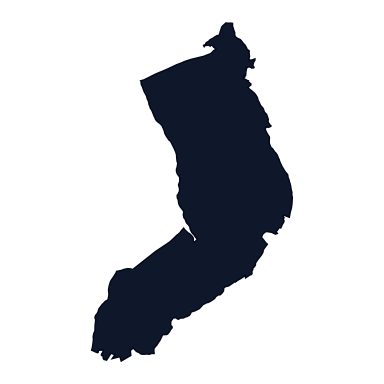 the district of Creteni, Vâlcea, Romania
{"feature_id": "2599482B89031901268624", "entity_name": "Creteni", "entity_type": "district", "adm_level": 2, "iso_a3": "ROU", "parent_name": "Romania", "parent_adm1": "Vâlcea", "projection": "orthographic", "projection_center": [24.181, 44.701], "detail": "fine", "context": "isolated", "style": "filled", "palette": "ink", "viewbox_px": 384, "rotation_deg": 0, "n_neighbors": 0, "source": "geoboundaries", "source_scale": "gbopen_adm2", "svg_char_len": 5916}
<svg xmlns="http://www.w3.org/2000/svg" viewBox="0 0 384 384"><path d="M154.1,353.4L153.8,351.0L153.9,349.8L153.7,349.2L154.0,348.3L155.8,346.1L156.7,345.2L158.6,342.2L159.9,340.4L162.6,334.7L166.3,334.5L167.0,334.3L167.6,334.0L169.5,331.6L170.6,329.5L171.9,328.1L172.1,327.5L172.1,326.9L171.0,325.7L170.7,325.1L170.7,322.3L170.8,321.5L171.6,320.0L173.3,317.9L175.9,317.7L176.7,318.3L177.4,318.9L178.5,319.2L180.2,318.1L180.7,318.0L182.8,318.0L183.9,317.7L185.4,316.9L187.0,316.5L189.0,315.5L189.5,315.1L190.2,314.1L190.9,312.5L191.5,311.8L194.9,310.8L199.3,308.6L202.9,304.6L205.2,303.5L206.0,302.9L208.4,302.3L210.5,301.2L214.4,298.6L215.0,297.9L215.3,297.1L215.6,296.8L217.8,295.0L220.3,294.7L221.8,293.2L222.7,292.1L223.2,291.3L223.6,290.3L223.5,288.6L223.6,288.2L225.5,286.6L225.8,286.4L226.8,286.4L229.0,285.7L235.1,281.4L235.4,281.9L238.3,279.9L240.7,278.6L245.3,275.5L245.6,277.8L250.0,274.9L251.2,274.5L251.5,274.0L251.9,273.8L252.0,273.7L251.9,273.1L251.9,272.4L251.9,271.1L252.7,269.7L252.9,268.8L252.6,268.1L254.4,266.7L254.2,265.9L254.4,265.7L255.1,265.6L255.3,265.2L255.6,262.4L256.2,262.0L257.5,259.9L261.5,254.8L262.3,253.1L262.9,252.3L263.1,250.5L263.7,249.1L266.0,245.9L267.3,244.3L267.2,244.0L266.6,243.9L261.4,237.2L262.1,235.6L262.7,234.2L263.6,233.3L265.6,231.7L267.0,231.5L271.7,232.3L275.5,234.1L277.3,233.4L276.2,232.0L276.8,230.7L277.7,229.8L279.2,227.3L280.2,227.9L280.7,227.9L281.3,226.9L282.1,224.7L283.3,222.9L283.9,221.5L284.0,220.8L283.5,220.4L283.5,219.6L283.3,219.4L284.0,217.6L283.4,217.2L283.1,217.1L283.3,216.4L283.8,215.1L289.3,217.2L290.1,212.6L291.3,208.1L291.9,204.1L292.3,197.3L291.7,194.8L291.9,192.7L291.7,191.7L291.3,190.4L290.3,184.5L289.5,182.1L288.9,179.6L288.0,177.4L287.7,174.9L287.1,174.0L285.8,172.5L284.1,170.2L283.8,169.4L282.1,166.8L279.5,161.2L279.3,160.0L277.9,157.0L277.6,155.9L277.0,154.8L275.9,153.1L274.8,152.1L272.4,148.6L271.5,148.0L270.8,147.2L269.3,143.6L269.2,140.9L269.4,137.7L269.3,137.1L269.0,136.4L268.3,135.5L266.2,131.8L265.4,129.9L265.3,129.1L265.6,127.9L266.1,127.1L268.8,127.2L270.5,126.5L271.0,126.0L269.6,124.5L268.8,123.3L268.0,121.6L267.9,121.0L268.3,119.9L268.2,119.1L266.6,114.4L264.7,112.5L264.1,111.4L263.3,108.8L262.2,107.3L260.9,105.9L260.3,105.1L259.1,102.2L258.0,100.4L257.9,99.6L257.3,97.5L255.6,94.7L254.5,93.3L253.7,92.6L251.4,90.6L249.6,89.3L247.9,87.7L249.4,86.0L250.8,85.0L250.9,84.3L250.7,83.7L249.7,83.1L249.2,82.4L248.2,81.7L247.8,81.3L247.9,81.0L248.1,80.7L247.0,80.5L246.0,79.7L243.9,78.8L243.6,78.6L243.4,78.2L243.4,77.8L243.9,77.6L243.8,77.3L243.9,77.2L244.6,76.9L244.0,76.4L243.9,75.7L244.1,75.5L244.6,75.3L244.8,75.7L245.0,75.9L245.5,75.5L245.7,74.9L245.8,72.0L246.4,69.1L246.4,67.9L247.0,67.8L247.9,67.1L248.5,66.9L250.1,67.0L251.2,67.6L251.5,68.0L251.9,67.8L253.2,68.0L254.0,67.5L254.0,67.2L252.9,66.0L253.1,64.0L253.6,62.1L254.7,60.6L254.9,59.9L254.9,58.9L252.1,60.0L249.5,60.1L248.5,59.8L249.0,59.2L249.0,58.3L249.5,56.4L249.1,53.6L249.1,50.7L248.9,50.5L247.7,49.9L247.2,49.4L246.4,47.7L244.9,45.0L243.4,43.6L241.2,40.6L240.5,40.1L240.4,39.7L237.4,38.3L236.4,37.7L235.1,36.3L234.6,34.3L234.7,33.1L234.6,32.3L233.7,30.1L232.8,26.8L232.5,26.6L232.3,26.1L232.6,24.4L232.5,23.4L230.3,23.1L229.2,23.3L225.9,23.0L222.7,25.9L221.8,27.0L220.5,30.9L219.7,33.8L218.9,35.3L218.6,35.6L217.1,35.6L215.9,36.4L215.3,36.6L213.5,38.0L212.0,38.7L211.6,39.1L210.2,39.6L208.8,41.2L206.3,42.7L205.8,43.5L205.9,44.0L205.7,44.2L204.6,45.1L204.0,45.1L203.6,45.5L204.2,46.6L204.9,45.6L205.2,45.5L206.6,45.4L208.0,45.1L208.8,45.3L210.3,46.1L210.9,45.4L212.1,45.2L213.8,47.3L216.0,48.9L215.6,49.5L213.6,50.8L211.7,52.8L209.9,54.0L205.8,55.5L204.0,56.3L191.2,59.4L184.1,61.7L183.1,62.3L176.6,64.8L167.3,69.2L155.8,74.0L144.0,79.9L140.7,80.8L141.2,81.6L141.1,83.1L141.5,84.9L142.3,86.3L143.7,90.3L144.6,92.5L146.0,94.8L146.6,96.0L147.3,98.9L148.2,100.6L148.5,101.3L149.2,104.9L150.1,106.9L150.2,107.7L152.2,111.1L154.1,116.0L154.8,117.2L155.5,119.2L156.5,120.6L157.7,121.8L160.5,123.9L162.2,125.9L162.5,126.5L162.9,127.8L163.3,128.2L164.1,130.3L165.0,133.6L166.4,136.2L169.2,140.3L170.5,141.1L170.8,141.6L174.4,148.8L175.9,152.4L176.6,154.9L176.7,157.6L177.1,161.2L177.8,163.4L177.1,167.5L176.5,169.2L176.5,170.1L176.6,171.8L177.2,173.6L177.6,174.3L179.6,177.0L179.7,177.5L179.8,178.8L179.8,181.3L178.6,184.8L178.7,185.5L179.4,188.0L179.6,189.5L179.5,190.8L179.2,192.1L178.6,193.0L178.2,194.2L177.3,195.2L177.2,195.7L177.4,198.1L178.1,199.2L178.5,201.4L178.6,202.7L178.9,203.9L179.7,205.8L180.6,207.2L182.6,209.7L183.7,211.4L183.8,212.2L183.4,214.1L183.4,215.3L183.8,217.1L184.1,217.9L185.1,219.1L186.3,222.3L187.0,223.3L189.3,225.8L189.5,226.5L189.8,226.8L190.2,229.0L191.3,231.5L191.9,232.5L192.6,233.4L194.9,235.8L194.9,236.2L195.6,237.2L197.0,238.8L197.2,239.3L197.0,239.7L194.3,242.4L193.3,241.1L193.2,240.6L193.3,238.8L193.2,238.1L192.5,236.7L190.3,234.4L189.2,233.5L188.0,232.9L184.9,229.9L183.6,228.2L181.5,230.6L180.1,232.6L178.0,234.5L176.4,235.6L175.6,236.6L169.8,242.0L155.6,251.5L132.8,269.5L129.8,268.8L127.6,268.7L124.2,269.4L120.8,270.6L116.6,271.4L116.1,272.9L113.6,276.9L111.1,280.5L110.2,282.6L109.2,286.0L108.7,288.5L108.6,290.3L109.0,294.7L108.1,299.5L107.3,300.3L105.4,301.3L103.3,303.6L102.4,304.3L99.3,308.4L98.7,309.4L98.5,310.6L97.9,312.3L97.0,313.8L95.6,315.5L95.2,316.7L95.0,317.6L95.7,319.8L95.7,320.5L95.1,325.5L95.0,330.5L95.0,330.9L93.9,333.3L93.3,336.2L93.2,337.0L93.5,339.4L93.3,340.7L93.0,343.6L92.4,347.6L91.7,350.2L97.4,352.7L97.9,352.5L98.2,352.2L98.3,350.6L99.5,350.2L102.5,350.0L103.0,350.3L103.0,350.9L102.9,352.4L102.2,353.0L101.6,354.1L101.4,355.1L101.9,355.6L103.0,355.6L103.2,358.1L103.9,359.4L106.6,360.1L110.9,353.3L114.9,354.6L112.3,358.6L119.9,356.6L121.2,361.0L130.8,355.4L130.3,350.5L133.2,348.0L136.5,351.4L137.5,351.9L139.6,352.6L140.0,353.4L141.5,354.1L144.8,354.2L146.8,353.9L148.8,354.2L149.9,354.1L151.3,353.5L154.1,353.4Z" fill="#0f172a" stroke="#020617" stroke-width="1.5"/></svg>